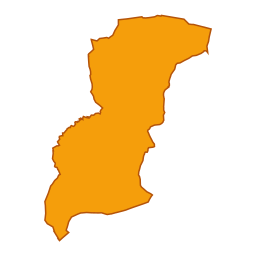 Suehn Mecca, Bomi, Liberia
{"feature_id": "62588387B34365926899718", "entity_name": "Suehn Mecca", "entity_type": "district", "adm_level": 2, "iso_a3": "LBR", "parent_name": "Liberia", "parent_adm1": "Bomi", "projection": "mercator", "projection_center": [-10.641, 6.716], "detail": "fine", "context": "isolated", "style": "filled", "palette": "amber", "viewbox_px": 256, "rotation_deg": 0, "n_neighbors": 0, "source": "geoboundaries", "source_scale": "gbopen_adm2", "svg_char_len": 3728}
<svg xmlns="http://www.w3.org/2000/svg" viewBox="0 0 256 256"><path d="M91.2,39.4L91.2,39.5L92.8,45.6L93.6,49.4L91.5,51.4L88.7,53.9L88.3,54.7L88.6,56.2L88.4,56.2L88.7,61.3L89.1,66.4L90.1,69.3L90.6,71.6L90.7,74.6L90.0,75.4L90.6,79.1L92.1,83.9L92.3,87.0L92.0,89.4L90.7,91.8L92.3,94.1L93.5,96.2L93.9,98.2L94.1,99.2L95.7,102.3L99.8,105.4L102.6,108.0L100.9,110.0L100.2,111.5L100.6,112.5L100.4,113.0L100.1,113.9L98.4,113.1L95.5,113.5L93.7,115.2L91.3,115.1L89.9,117.1L87.6,116.8L88.4,117.9L86.5,117.6L83.4,116.5L82.8,117.9L82.8,119.5L80.8,118.1L79.4,118.9L81.0,119.5L79.4,120.4L78.7,121.7L77.8,121.4L77.3,122.3L76.3,121.7L75.3,121.8L74.9,122.5L75.3,124.0L75.5,124.1L74.3,125.9L73.3,126.4L71.4,125.6L70.5,126.4L70.4,127.2L70.4,127.5L69.0,127.5L68.1,128.2L67.2,128.6L67.0,129.5L65.6,131.0L64.2,132.8L63.6,133.0L62.6,133.0L62.8,135.7L62.4,135.7L61.6,135.7L59.4,136.4L59.2,137.3L59.7,139.3L58.6,140.4L57.5,141.8L58.4,143.5L59.5,145.2L58.4,145.8L56.7,145.9L55.5,146.6L52.8,148.1L53.4,150.8L53.0,150.8L53.2,153.5L52.5,158.7L53.8,161.3L55.2,163.0L55.2,164.1L54.6,166.3L55.1,167.0L57.1,167.5L57.9,169.7L58.3,169.9L60.1,174.2L60.2,174.4L59.0,175.1L58.7,175.1L57.4,178.1L54.8,180.4L54.5,180.8L52.4,184.1L50.7,186.0L49.4,190.0L48.6,192.4L48.5,192.8L44.9,201.6L45.4,205.7L45.4,206.3L45.7,213.4L45.1,218.8L44.9,220.2L47.3,223.7L52.9,226.9L54.4,231.5L54.1,231.5L58.5,238.7L58.1,238.8L59.5,240.6L62.1,238.2L67.9,233.2L68.7,232.5L66.8,230.9L66.2,230.4L66.6,228.7L67.0,227.8L67.9,224.7L68.6,222.0L69.2,220.8L71.1,217.7L71.4,217.1L72.6,216.5L77.8,214.1L80.1,213.2L80.5,213.0L83.2,212.8L86.5,212.5L91.8,212.8L92.2,212.8L97.7,212.9L99.2,212.9L101.0,212.8L101.6,212.8L105.1,213.9L107.2,214.5L110.8,213.9L111.3,213.9L113.1,213.4L115.6,212.7L116.2,212.6L117.0,212.4L123.5,210.7L125.9,210.0L129.0,208.8L133.1,207.3L137.2,205.9L143.6,203.7L148.2,202.0L149.5,199.3L151.3,196.3L152.4,195.0L152.2,194.8L150.6,193.7L147.3,192.0L147.0,191.9L144.4,189.6L141.4,187.0L140.4,185.3L140.2,179.4L139.5,176.5L138.9,175.6L138.5,174.9L138.7,172.8L138.7,172.1L139.5,169.4L140.5,165.4L141.1,164.3L142.9,160.6L143.4,157.1L143.8,155.3L144.4,154.4L144.7,152.9L145.4,152.1L147.2,152.2L147.9,150.7L148.0,148.8L148.4,148.2L148.6,147.7L152.9,147.2L154.2,146.7L154.5,146.5L154.4,145.7L154.4,144.4L154.3,144.0L152.8,142.1L151.2,138.9L150.4,137.4L150.3,137.2L149.2,134.9L149.0,134.3L148.2,132.3L148.0,132.1L147.6,131.2L147.9,130.1L149.5,128.9L150.1,127.7L150.2,127.4L150.3,127.1L150.6,126.8L151.5,126.4L154.5,125.1L159.9,124.5L160.6,124.0L160.9,123.9L161.1,123.8L161.9,123.3L162.4,122.6L163.0,122.1L163.2,121.2L163.8,120.2L163.7,119.2L163.4,115.1L163.5,115.0L164.7,112.5L164.4,111.9L163.7,110.2L163.7,108.8L163.7,107.3L163.6,107.0L164.2,98.8L164.0,98.1L163.9,97.7L163.5,95.3L163.5,94.9L163.6,92.9L164.7,90.5L164.8,90.4L165.2,89.8L168.8,87.0L168.4,86.7L168.7,86.5L169.4,85.3L169.3,83.4L169.1,82.9L168.9,82.3L169.1,80.9L169.6,79.2L169.7,78.7L170.7,75.9L171.1,74.4L172.6,72.2L174.7,69.2L175.4,66.3L175.6,65.3L175.7,64.9L177.2,63.3L180.0,62.9L184.3,60.5L188.8,58.3L192.4,55.9L196.2,55.4L197.8,54.8L198.4,54.5L200.9,53.5L202.7,52.3L203.8,51.5L204.2,50.7L205.5,50.8L206.2,50.9L206.6,51.3L207.4,52.2L207.7,52.6L207.5,50.9L207.4,50.1L206.9,46.1L208.5,41.5L209.2,37.0L210.9,29.8L211.1,29.0L194.0,24.6L193.7,24.5L190.9,24.4L190.5,24.3L189.9,24.2L188.9,24.1L188.6,23.8L184.0,19.2L161.4,15.4L161.0,16.1L157.5,15.5L157.1,15.6L154.7,16.8L148.6,17.7L145.2,18.0L144.9,17.9L143.1,17.9L141.9,16.8L127.0,18.9L119.3,19.7L118.4,19.8L118.4,24.9L116.2,28.5L115.1,30.2L115.0,30.4L113.6,33.5L112.8,35.2L112.7,35.3L110.2,37.0L109.4,37.7L108.7,38.2L108.6,38.3L108.1,38.0L106.8,37.5L106.6,37.5L103.0,38.1L99.6,38.5L97.8,40.2L97.0,40.9L93.7,40.1L91.2,39.4Z" fill="#f59e0b" stroke="#b45309" stroke-width="1.5"/></svg>